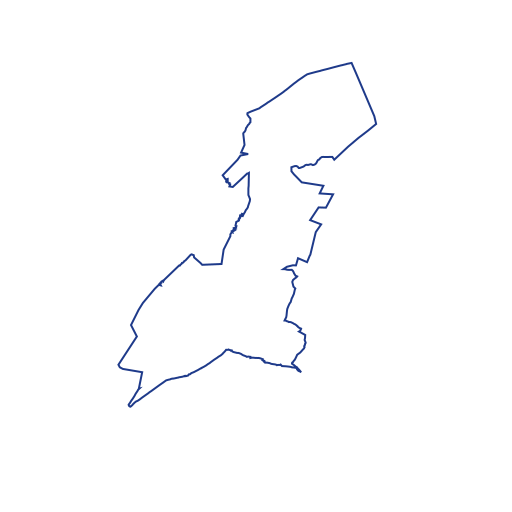 Sabanilla, Chiapas, Mexico, rotated 234°
{"feature_id": "50627088B78284719360183", "entity_name": "Sabanilla", "entity_type": "district", "adm_level": 2, "iso_a3": "MEX", "parent_name": "Mexico", "parent_adm1": "Chiapas", "projection": "equal_earth", "projection_center": [-92.63, 17.325], "detail": "fine", "context": "isolated", "style": "outline", "palette": "blue", "viewbox_px": 512, "rotation_deg": 234, "n_neighbors": 0, "source": "geoboundaries", "source_scale": "gbopen_adm2", "svg_char_len": 6099}
<svg xmlns="http://www.w3.org/2000/svg" viewBox="0 0 512 512"><g transform="rotate(234 256 256)"><path d="M292.2,430.8L299.6,433.9L345.2,444.4L356.0,446.8L358.1,442.2L358.2,441.7L359.2,439.3L359.9,437.5L360.1,437.2L363.0,429.8L365.3,423.8L366.6,420.6L367.7,417.8L368.1,416.5L368.3,416.1L369.5,413.2L371.9,407.0L372.9,404.2L373.0,402.1L373.1,401.5L373.1,400.1L373.3,393.5L373.2,390.1L373.2,388.0L372.7,378.4L372.7,375.7L372.6,375.2L372.6,374.4L372.6,371.8L373.1,357.4L373.2,356.6L373.3,355.3L373.2,354.1L373.3,353.3L373.3,352.1L373.4,351.0L373.4,350.6L373.6,347.1L373.5,345.6L375.9,336.6L376.6,333.1L375.8,332.3L374.9,332.1L372.0,332.1L370.8,332.3L370.5,332.3L367.5,330.1L367.3,328.9L367.0,328.5L366.8,327.9L366.7,326.7L366.3,325.6L365.6,324.1L365.4,323.2L364.8,322.5L364.1,321.7L363.6,320.9L363.1,319.5L363.1,318.8L362.8,318.0L362.5,317.6L352.6,312.0L348.4,304.7L343.1,309.6L346.4,302.5L344.7,297.6L340.9,276.5L335.7,276.5L335.0,278.4L333.5,277.3L333.9,275.8L333.8,275.6L333.5,275.5L332.9,275.6L332.7,276.3L332.4,276.6L332.1,276.6L330.7,277.3L330.6,276.6L329.7,276.6L329.6,276.9L329.1,277.2L328.5,276.4L327.9,275.4L325.5,277.8L327.2,291.9L327.9,297.3L327.5,298.0L327.4,299.1L317.1,291.3L315.2,289.6L310.8,286.4L309.8,285.7L309.0,285.5L308.1,285.3L305.5,284.6L304.0,283.2L300.9,278.8L300.1,277.9L299.4,276.0L299.1,274.7L298.1,273.0L297.1,270.5L296.1,268.7L296.9,268.0L296.9,267.9L297.0,268.0L297.3,268.7L297.5,269.1L297.2,269.7L297.8,269.9L298.2,269.2L298.3,269.2L298.1,268.5L297.9,268.6L297.6,267.3L298.1,266.9L296.9,265.8L296.6,265.6L296.2,265.5L296.0,265.1L296.4,264.6L295.8,264.0L296.0,263.7L295.8,263.5L295.4,263.6L294.9,263.3L294.8,263.1L294.7,262.6L295.0,261.5L295.0,261.2L295.1,259.9L294.3,259.2L292.7,257.3L292.2,257.2L292.1,257.3L291.9,257.2L291.6,257.6L290.9,256.8L290.5,256.1L290.9,255.7L291.0,255.6L291.4,255.0L291.3,254.9L291.6,254.3L291.0,254.0L290.8,253.8L290.6,253.4L290.0,254.1L290.2,252.1L289.4,252.9L289.6,251.0L288.9,250.8L289.4,250.4L289.3,249.9L288.6,248.0L287.1,246.9L280.2,233.6L269.8,223.4L280.5,207.3L282.9,207.0L291.2,205.1L293.3,206.1L294.5,205.2L295.1,205.0L295.4,203.9L293.9,196.4L294.0,194.7L293.7,194.2L293.5,193.0L293.9,192.1L293.5,191.6L293.3,189.3L293.0,189.0L293.1,188.5L293.5,188.1L290.7,167.8L290.6,167.7L290.4,166.8L289.9,166.0L290.5,165.9L290.5,165.3L290.8,165.5L290.9,164.3L290.0,163.6L290.4,163.0L290.3,162.9L290.4,162.7L290.2,161.6L289.3,161.9L288.2,161.7L289.8,160.4L289.0,154.9L284.5,136.9L281.4,129.3L273.6,114.3L260.9,112.3L248.9,80.8L246.0,80.4L242.9,81.9L228.9,95.6L217.5,83.2L217.3,83.7L217.2,83.0L217.2,82.9L217.2,82.6L217.1,82.1L216.5,80.9L215.9,79.3L215.4,77.9L214.1,75.2L213.6,73.9L213.0,72.4L212.5,70.8L211.9,69.1L211.4,68.2L211.0,66.8L210.5,65.5L209.4,65.2L208.5,65.4L207.9,65.8L207.9,66.4L207.9,66.8L208.1,67.1L208.1,67.3L208.0,67.7L208.0,68.1L208.2,68.8L208.4,69.3L208.5,70.5L208.7,71.2L208.8,73.6L208.4,75.1L208.3,77.6L208.4,80.7L208.3,88.1L208.4,89.8L208.3,91.6L208.3,94.8L208.3,97.3L208.3,102.1L208.2,107.8L208.2,110.2L207.3,112.6L206.7,113.9L206.5,115.0L206.0,116.3L205.6,116.6L205.3,117.4L204.9,118.1L203.8,120.7L203.3,121.7L203.1,122.5L202.6,123.4L201.5,125.7L201.1,127.0L201.0,127.7L200.7,128.2L200.4,128.0L199.6,129.5L199.6,130.0L199.2,130.9L199.7,132.1L199.1,133.2L199.2,134.3L199.3,134.9L198.8,136.4L198.8,136.8L198.5,137.8L198.4,138.7L198.2,140.1L197.9,141.8L197.6,144.9L197.3,145.9L197.5,146.1L197.1,148.2L196.9,150.1L196.8,151.0L196.8,153.5L196.6,155.7L196.7,156.6L196.7,159.3L196.7,161.1L196.5,165.4L196.6,166.1L196.3,169.2L196.5,171.6L196.8,172.6L196.9,173.6L197.4,175.9L197.7,176.7L196.5,178.3L196.5,178.8L195.3,179.5L195.2,179.6L194.6,180.2L194.1,180.1L193.8,180.9L192.8,180.7L191.6,181.3L189.1,183.4L188.7,183.7L188.1,184.6L187.4,185.2L185.5,186.4L184.3,186.8L183.2,187.3L182.7,187.6L182.4,187.9L180.6,189.0L179.8,189.3L179.3,190.4L178.9,191.0L178.3,191.5L177.7,192.2L176.8,191.5L176.4,192.4L175.7,193.6L173.8,195.7L173.0,196.8L172.5,197.4L171.9,198.3L170.5,199.5L168.5,200.8L168.0,200.0L166.7,200.8L166.6,200.5L165.8,200.9L165.6,200.4L164.5,200.6L163.8,201.4L163.4,202.1L161.3,204.1L160.0,204.8L159.3,205.4L157.1,207.7L155.9,208.6L155.4,208.7L155.1,209.5L154.3,210.7L153.7,211.4L153.7,212.1L151.7,212.3L149.0,215.6L146.7,218.1L145.9,218.9L144.7,219.7L144.0,220.6L141.9,222.7L140.8,222.9L140.3,222.6L138.6,222.7L137.6,223.1L137.0,223.6L135.4,224.2L138.9,224.0L140.1,223.7L140.6,223.7L141.7,223.7L142.2,223.6L142.8,223.2L145.4,222.6L147.7,221.8L148.3,222.3L148.5,222.8L148.4,223.4L149.1,225.3L149.1,225.9L149.6,227.1L150.5,228.8L151.9,231.3L151.9,235.0L152.4,237.4L152.7,238.6L153.0,240.4L153.8,241.8L154.6,241.9L155.2,242.7L155.3,243.4L156.3,244.3L156.5,245.1L156.9,245.3L159.5,246.0L160.8,247.4L162.2,248.6L163.2,249.4L169.6,246.4L169.5,247.4L169.7,248.1L170.4,249.4L170.6,249.8L170.8,249.8L171.4,249.4L171.7,249.1L173.2,248.5L173.9,248.3L174.5,248.4L175.0,248.1L175.4,248.2L177.5,247.6L178.7,246.9L180.0,246.4L182.0,245.3L182.7,244.6L183.3,243.7L184.5,243.2L185.0,242.7L186.0,242.3L187.0,241.2L187.9,242.8L188.6,244.3L189.8,245.6L193.6,249.0L194.8,250.2L196.4,252.7L197.4,254.5L197.9,255.5L198.3,256.9L200.7,260.0L201.2,261.1L203.1,264.4L206.0,267.7L206.6,268.7L209.2,268.3L213.7,270.1L214.8,271.8L215.0,273.8L215.0,276.0L215.1,276.6L215.3,277.3L216.8,276.4L219.7,276.6L220.7,276.9L222.4,277.1L223.8,276.8L225.3,274.6L226.6,273.1L228.3,271.7L229.3,270.4L229.1,274.7L226.8,280.4L224.9,282.8L229.5,288.7L221.0,293.7L224.6,299.5L225.1,300.7L240.2,318.4L243.3,327.3L253.2,320.9L258.5,335.2L254.0,341.0L260.6,354.6L269.2,344.3L273.2,351.8L288.7,336.3L296.5,335.2L299.7,334.7L303.7,334.5L307.0,336.8L306.0,340.1L305.2,341.4L303.9,342.2L302.1,342.3L301.5,343.1L301.0,344.9L300.5,346.7L300.4,347.4L300.5,349.3L300.2,350.2L299.9,350.8L299.4,351.2L299.1,351.6L298.8,352.2L298.6,352.9L298.2,354.0L297.7,354.6L296.2,355.4L295.8,356.2L295.5,357.3L295.5,358.5L295.9,359.8L296.6,361.1L297.1,362.2L297.2,362.8L297.0,363.5L296.9,364.0L297.0,364.4L297.3,364.8L297.4,365.2L297.4,367.3L296.8,368.4L295.3,370.3L291.3,376.0L287.9,375.9L290.3,394.8L291.3,408.2L291.6,420.3L292.2,430.8Z" fill="none" stroke="#1e3a8a" stroke-width="2"/></g></svg>